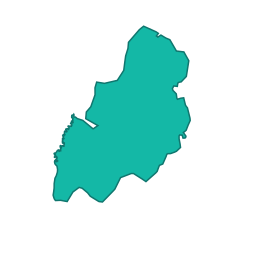 Tarmuwa, Yobe, Nigeria, rotated 298°
{"feature_id": "59680162B67238968218645", "entity_name": "Tarmuwa", "entity_type": "district", "adm_level": 2, "iso_a3": "NGA", "parent_name": "Nigeria", "parent_adm1": "Yobe", "projection": "orthographic", "projection_center": [11.647, 12.245], "detail": "fine", "context": "isolated", "style": "filled", "palette": "teal", "viewbox_px": 256, "rotation_deg": 298, "n_neighbors": 0, "source": "geoboundaries", "source_scale": "gbopen_adm2", "svg_char_len": 4783}
<svg xmlns="http://www.w3.org/2000/svg" viewBox="0 0 256 256"><g transform="rotate(298 128 128)"><path d="M112.5,175.6L120.7,175.0L123.0,174.6L124.0,175.2L125.4,177.6L128.6,180.5L130.2,181.7L135.5,183.5L138.3,181.5L142.4,178.2L145.0,176.8L146.1,176.9L146.7,178.3L147.1,179.2L144.9,181.3L145.9,183.0L146.4,183.3L147.0,183.3L148.0,183.0L150.0,179.0L152.0,179.9L153.3,180.4L154.0,180.3L154.3,180.3L155.6,180.1L157.5,179.9L158.1,179.8L163.8,179.4L165.8,178.1L173.7,171.0L174.4,169.4L175.1,168.1L176.6,166.7L180.8,163.0L178.9,160.4L176.6,158.2L177.2,157.2L180.8,154.6L182.3,150.0L183.7,148.7L186.6,148.7L187.9,152.0L191.0,150.9L192.4,151.6L193.7,153.3L200.9,155.3L215.9,150.1L221.4,141.6L218.7,134.6L225.6,123.5L225.2,119.2L225.5,113.4L222.3,111.7L222.6,109.9L225.8,110.4L226.1,107.5L225.2,94.0L220.3,91.9L203.9,88.2L198.3,90.6L190.5,92.1L183.2,94.8L176.9,97.2L165.0,96.2L156.4,86.3L153.8,78.8L148.0,80.0L141.9,83.3L129.3,85.2L122.6,83.7L116.4,86.3L116.0,100.3L112.4,98.4L111.3,97.9L110.9,97.4L113.5,84.5L112.5,78.8L113.0,76.5L112.6,75.9L112.4,75.1L112.5,74.9L114.3,74.1L114.6,73.7L114.3,73.7L114.2,73.7L113.8,73.4L113.6,73.4L113.5,73.1L113.3,72.9L113.2,72.7L112.9,72.5L112.6,72.5L112.1,72.8L112.0,73.0L111.8,73.1L111.7,73.0L111.3,73.0L111.2,73.1L110.9,73.3L110.7,73.8L110.6,74.0L110.7,74.3L110.7,74.7L110.4,75.0L110.0,75.1L109.7,75.1L109.3,75.3L109.0,75.6L108.3,75.9L107.9,76.0L107.5,76.5L107.0,76.8L106.9,76.9L106.7,76.8L106.6,76.7L106.8,76.5L107.1,76.5L107.1,76.4L106.9,76.2L106.8,75.8L106.9,75.7L107.1,75.6L107.3,75.6L107.5,75.6L107.8,75.5L107.8,75.3L107.8,75.1L107.7,75.0L107.6,74.9L107.4,74.9L107.1,75.2L106.9,75.3L106.5,75.5L106.3,75.6L105.7,75.2L105.4,75.1L105.0,75.2L104.9,75.3L104.9,75.5L104.9,75.8L104.9,76.0L104.9,76.3L104.8,76.5L104.6,76.8L104.3,77.0L103.9,77.1L103.4,77.2L102.9,77.2L102.7,77.0L102.6,76.8L102.7,76.5L102.7,76.3L102.7,76.1L102.3,75.8L102.1,75.7L101.9,75.5L101.9,75.3L101.9,75.1L102.0,74.8L101.9,74.5L101.7,74.3L101.5,74.2L101.3,74.3L101.2,74.4L101.1,74.6L100.9,75.4L100.6,75.8L100.2,75.9L99.9,76.0L99.6,76.1L99.3,76.1L98.8,76.2L98.6,75.9L99.0,75.2L99.0,74.9L98.9,74.6L98.7,74.4L98.2,74.2L98.0,73.7L97.8,73.7L97.6,73.7L97.3,73.8L97.2,74.1L96.9,74.8L96.7,75.2L96.3,75.7L95.9,75.7L95.7,75.5L95.5,75.0L95.6,74.8L95.8,74.6L95.8,74.1L95.6,73.7L95.2,73.6L94.8,73.7L94.5,73.9L93.2,74.4L92.7,74.6L92.5,74.8L92.6,75.0L92.6,75.3L92.3,75.4L92.1,75.4L92.0,75.2L92.0,74.9L91.8,74.8L91.7,74.7L91.8,74.5L91.9,74.3L91.8,74.1L91.6,73.9L91.4,73.9L91.1,74.0L90.9,74.1L90.5,74.0L90.4,74.1L90.5,74.4L90.6,74.5L90.8,74.6L90.9,74.8L90.7,75.0L90.2,75.1L89.9,75.0L89.5,75.1L89.2,75.1L88.9,75.4L88.7,75.6L88.7,75.8L88.7,76.0L88.8,76.2L88.7,76.4L88.4,76.4L88.2,76.3L88.2,76.1L88.2,75.8L88.3,75.7L88.0,75.3L87.8,75.2L87.6,75.2L87.2,75.5L87.0,75.9L86.7,76.1L86.4,76.2L86.1,76.2L85.9,76.1L85.6,76.1L85.5,76.4L85.5,76.6L85.4,76.9L85.3,77.0L84.8,76.9L84.7,76.9L84.4,76.9L84.1,77.1L84.0,77.6L84.0,77.8L84.4,77.8L84.7,77.9L84.8,78.0L84.8,78.5L84.9,78.8L84.7,78.9L84.4,79.0L83.9,79.3L83.5,79.4L83.1,79.5L82.8,79.4L82.5,79.5L82.0,80.0L81.7,79.8L81.6,79.7L81.6,79.3L81.7,79.2L81.9,79.1L81.8,78.7L81.7,78.5L81.5,78.3L81.3,78.2L80.7,78.1L80.5,77.9L80.5,77.7L80.8,77.3L80.9,77.1L80.9,76.7L80.7,76.6L80.2,76.5L79.9,76.8L79.4,77.0L79.2,77.3L79.3,77.4L79.5,77.6L79.6,77.9L79.5,78.1L79.5,78.3L79.3,78.5L79.0,78.5L78.8,78.4L78.5,78.2L78.2,78.2L77.7,78.3L77.5,78.6L77.3,78.7L77.1,78.8L76.7,79.1L76.4,79.2L76.4,78.8L76.3,78.6L76.2,78.4L75.8,78.6L75.6,78.6L75.4,78.5L75.2,78.4L75.1,78.1L75.7,77.8L75.9,77.7L76.2,77.4L76.2,77.2L75.8,77.2L75.6,77.1L75.5,76.9L75.5,76.7L75.4,76.4L75.0,76.2L74.7,76.2L74.4,76.2L74.0,76.2L73.7,76.2L73.2,76.1L72.0,75.9L71.7,75.7L71.4,75.3L71.5,75.1L71.4,75.0L71.2,74.9L71.1,75.0L70.9,75.3L70.7,75.5L70.4,75.7L70.2,75.6L70.2,75.4L70.0,75.6L70.2,75.8L70.4,76.1L70.4,76.3L70.1,76.5L69.8,76.6L69.5,76.5L69.4,76.6L69.3,76.8L69.0,76.9L68.8,76.9L68.7,76.8L68.4,76.7L68.2,76.7L67.9,76.6L67.7,76.7L67.6,76.9L67.6,77.0L67.8,77.2L68.1,77.3L68.2,77.5L68.5,77.6L68.9,77.4L69.2,77.5L69.3,77.8L69.2,78.0L69.3,78.2L69.3,78.3L69.2,78.5L68.8,78.6L68.6,78.6L68.4,78.7L68.3,78.9L68.5,79.3L68.1,79.5L67.8,79.2L67.3,79.2L66.9,79.4L66.8,79.2L66.4,79.1L65.8,79.4L65.8,79.8L66.0,80.0L66.1,80.4L66.3,80.6L66.2,80.9L65.9,81.4L65.6,81.3L65.3,81.1L64.9,81.0L64.6,80.5L64.6,80.0L64.6,79.7L64.9,79.5L65.1,79.2L65.2,78.8L64.9,78.7L63.6,79.0L62.3,80.1L61.8,80.8L61.5,81.6L61.0,83.2L59.7,84.2L58.3,85.3L55.8,86.4L52.0,87.1L49.4,87.1L44.3,88.9L40.2,91.0L36.8,92.3L33.6,93.4L32.3,94.6L30.8,96.2L29.9,98.0L32.5,102.4L34.5,108.8L45.6,109.4L52.6,112.7L53.3,115.8L51.8,122.8L50.0,126.8L49.4,136.7L49.6,137.4L50.7,140.2L65.5,144.5L67.8,145.1L80.7,144.7L89.3,152.2L90.4,154.3L89.6,164.6L89.1,169.0L101.4,173.6L103.4,174.1L107.6,173.5L109.8,173.3L112.5,175.6Z" fill="#14b8a6" stroke="#0f766e" stroke-width="1.5"/></g></svg>